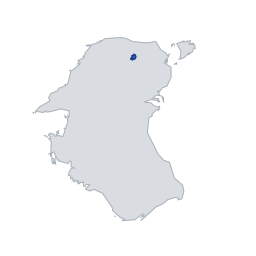 Parkes, New South Wales, Australia (highlighted), rotated 254°
{"feature_id": "25037944B17305446148962", "entity_name": "Parkes", "entity_type": "district", "adm_level": 2, "iso_a3": "AUS", "parent_name": "Australia", "parent_adm1": "New South Wales", "projection": "mercator", "projection_center": [147.963, -32.823], "detail": "fine", "context": "in_parent", "style": "filled", "palette": "blue", "viewbox_px": 256, "rotation_deg": 254, "n_neighbors": 0, "source": "geoboundaries", "source_scale": "gbopen_adm2", "svg_char_len": 4817}
<svg xmlns="http://www.w3.org/2000/svg" viewBox="0 0 256 256"><g transform="rotate(254 128 128)"><path d="M172.9,49.4L175.5,60.5L178.8,60.0L182.5,63.3L183.1,70.2L185.3,72.6L185.8,79.1L187.4,82.4L198.2,88.8L202.5,99.2L203.7,99.8L203.9,97.9L206.3,99.8L206.7,98.9L207.7,104.3L209.1,105.9L212.1,107.6L218.2,116.8L218.0,123.0L220.2,130.6L217.2,145.1L215.0,150.4L209.7,156.6L204.7,169.1L203.5,178.6L194.2,181.0L189.6,185.2L186.7,185.6L187.5,188.0L182.9,184.4L183.6,183.6L183.3,182.7L182.5,182.7L181.0,184.2L179.9,183.3L181.7,181.9L180.7,180.8L174.5,186.1L164.9,183.4L157.5,177.0L157.2,172.1L153.8,167.6L155.2,167.8L155.2,166.5L150.2,167.8L151.7,164.5L149.8,159.8L148.0,165.2L144.3,165.7L144.9,163.9L146.6,163.9L149.1,156.6L148.4,151.2L145.9,156.9L142.3,159.1L139.8,162.5L140.2,164.3L138.7,164.1L136.4,162.1L137.8,162.1L136.8,158.7L134.5,154.9L132.6,154.4L132.3,151.0L118.3,145.4L94.6,149.7L87.0,153.6L83.7,158.4L67.1,158.8L58.1,164.7L52.0,164.3L45.1,160.3L45.1,156.3L46.7,156.9L48.2,154.5L48.2,146.5L45.4,140.5L44.4,133.0L36.8,117.9L39.8,119.5L38.1,114.9L39.3,117.6L41.5,118.4L37.9,109.1L40.6,96.5L41.2,99.5L43.8,96.2L52.8,90.5L56.0,90.9L72.3,85.5L78.4,78.3L78.0,73.7L81.2,70.4L83.9,75.5L85.3,72.6L83.6,70.6L84.1,69.3L89.4,70.2L87.7,69.7L88.8,67.7L87.9,65.9L90.7,65.7L89.7,64.3L92.0,64.1L91.2,62.2L93.3,60.1L93.4,61.4L95.1,61.2L95.2,58.8L97.6,59.7L99.1,57.7L101.6,59.0L104.9,62.4L104.4,65.1L106.7,62.5L111.5,64.2L112.4,62.8L110.3,60.7L115.9,51.6L117.0,52.2L119.0,49.9L119.6,50.9L125.4,50.2L125.2,48.0L121.4,46.4L122.0,45.8L135.9,50.5L140.0,48.8L139.0,50.6L140.7,51.5L142.8,49.4L144.6,51.2L142.4,55.3L140.0,55.7L140.1,58.6L137.8,63.2L150.5,71.7L154.0,72.5L155.1,74.6L160.8,76.0L164.9,68.6L165.1,58.0L165.8,54.0L167.2,53.0L166.1,51.2L169.6,43.6L172.9,49.4ZM179.9,197.0L187.1,200.0L195.7,198.1L196.3,206.4L195.7,204.9L194.9,206.6L194.7,212.2L191.6,209.9L189.6,215.0L185.9,214.6L186.6,213.2L183.4,210.7L182.0,206.4L183.5,207.2L180.1,201.3L179.9,197.0ZM114.9,45.8L118.9,45.8L120.1,47.0L117.4,49.2L114.9,45.8ZM142.8,169.4L150.0,169.2L146.9,170.4L142.8,169.4ZM143.6,58.0L144.4,60.3L141.8,59.9L142.3,58.3L143.6,58.0ZM217.8,115.7L217.6,112.9L218.6,110.6L219.0,112.2L217.8,115.7ZM193.7,192.2L196.1,192.9L196.2,194.0L193.7,192.2ZM114.5,46.5L115.9,48.7L113.3,48.6L114.5,46.5ZM177.3,192.7L175.9,192.4L176.6,190.5L177.3,192.7ZM157.1,70.7L155.9,71.4L154.7,71.8L155.3,70.5L157.1,70.7ZM36.8,117.2L35.8,115.9L35.8,114.6L36.8,117.2ZM195.7,195.1L196.6,195.9L194.8,195.3L195.7,195.1ZM208.5,104.6L209.5,104.6L209.4,105.8L208.5,104.6ZM186.1,79.0L187.2,79.7L187.0,80.1L186.1,79.0ZM191.5,212.9L191.6,214.3L190.7,213.9L191.5,212.9ZM219.4,124.1L219.5,125.7L219.4,125.6L219.4,124.1ZM125.0,45.7L124.4,45.1L124.8,44.8L125.0,45.7ZM143.7,45.9L142.7,47.0L143.9,45.0L143.7,45.9ZM219.5,122.2L219.1,122.7L219.4,122.2L219.5,122.2ZM145.2,66.7L144.6,66.9L144.9,66.4L145.2,66.7ZM141.6,57.9L140.9,58.0L141.3,57.3L141.6,57.9ZM47.1,90.6L46.8,91.6L46.5,91.5L47.1,90.6ZM168.4,43.1L168.4,43.9L168.1,43.3L168.4,43.1ZM182.5,183.2L182.7,183.8L182.4,183.6L182.5,183.2ZM142.5,47.3L141.1,48.1L142.5,47.1L142.5,47.3ZM91.3,61.1L90.9,61.7L91.2,61.0L91.3,61.1ZM192.0,211.9L191.6,212.2L191.8,211.7L192.0,211.9ZM156.5,73.5L155.8,73.5L156.2,73.0L156.5,73.5ZM88.6,65.3L88.3,65.6L88.3,64.8L88.6,65.3ZM195.5,209.0L194.9,209.4L195.1,208.7L195.5,209.0ZM168.9,41.0L168.8,41.5L168.4,41.3L168.9,41.0ZM182.1,184.0L182.8,184.6L181.7,184.4L182.1,184.0ZM199.5,88.7L199.0,88.7L199.2,88.1L199.5,88.7ZM203.5,97.8L203.2,97.8L203.4,97.3L203.5,97.8ZM180.2,196.0L180.0,196.5L179.8,195.9L180.2,196.0Z" fill="#d9dde1" stroke="#a8b0b8" stroke-width="1"/><path d="M196.3,151.7L196.0,151.7L195.9,151.8L195.9,151.7L195.3,151.8L195.3,151.7L195.2,151.6L195.2,151.4L195.0,151.2L194.9,151.2L194.7,151.0L194.7,150.9L194.6,150.7L194.5,150.8L194.5,150.7L194.4,150.7L194.3,150.4L194.2,150.5L194.2,150.4L193.9,150.3L193.7,150.3L193.6,150.2L193.6,150.3L193.5,150.2L193.4,150.2L193.0,150.4L193.0,150.5L192.9,150.4L192.8,150.5L192.7,150.7L192.7,151.1L192.8,151.1L192.7,151.1L192.7,151.3L192.9,151.3L192.7,151.5L192.8,151.6L192.7,151.6L192.8,151.7L192.8,152.0L193.0,152.1L192.9,152.2L193.0,152.2L192.9,152.6L192.8,153.2L192.7,153.2L192.7,153.4L192.7,153.6L192.8,153.6L192.7,153.9L192.8,154.0L193.1,154.2L193.1,154.3L193.1,154.5L194.1,154.6L194.3,154.6L194.4,154.8L194.5,154.8L194.8,154.9L195.1,154.9L195.1,155.0L195.2,154.9L195.5,154.9L195.8,155.0L195.8,154.8L195.9,154.7L196.0,154.6L196.3,154.7L196.5,154.7L196.8,154.6L197.0,154.5L197.0,154.4L197.0,154.2L197.0,153.9L197.0,153.7L196.9,153.6L196.8,153.4L196.7,153.4L196.6,153.2L196.5,153.3L196.4,153.3L196.5,153.3L196.5,153.2L196.4,153.1L196.5,153.0L196.5,152.9L196.5,152.7L196.4,152.5L196.2,152.4L196.3,152.4L196.2,152.4L196.3,152.4L196.3,152.2L196.3,151.9L196.2,151.9L196.3,151.8L196.3,151.7L196.3,151.7Z" fill="#3b82f6" stroke="#1e3a8a" stroke-width="1.5"/></g></svg>